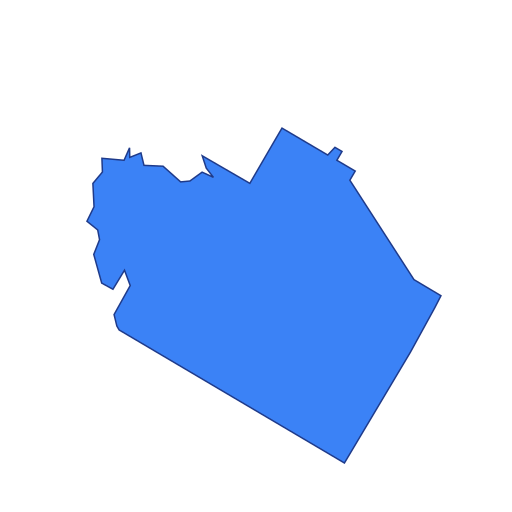 outline of Macon, Alabama, United States of America, rotated 31°
{"feature_id": "52423323B34144827866245", "entity_name": "Macon", "entity_type": "district", "adm_level": 2, "iso_a3": "USA", "parent_name": "United States of America", "parent_adm1": "Alabama", "projection": "robinson", "projection_center": [-85.83, 32.414], "detail": "fine", "context": "isolated", "style": "filled", "palette": "blue", "viewbox_px": 512, "rotation_deg": 31, "n_neighbors": 0, "source": "geoboundaries", "source_scale": "gbopen_adm2", "svg_char_len": 666}
<svg xmlns="http://www.w3.org/2000/svg" viewBox="0 0 512 512"><g transform="rotate(31 256 256)"><path d="M158.3,197.8L168.1,206.3L179.0,210.5L166.6,211.9L160.7,225.8L153.2,231.3L130.1,226.9L113.3,236.0L104.3,226.9L97.0,236.5L91.9,228.4L93.6,241.9L73.6,251.6L81.1,263.1L78.8,277.8L91.8,297.2L93.2,313.3L106.9,315.2L113.5,322.6L116.1,338.2L137.7,358.7L150.5,358.2L150.6,335.9L163.4,346.1L164.5,379.3L172.8,387.7L176.8,389.9L438.4,387.9L437.9,259.0L435.9,208.4L435.0,194.8L403.6,194.9L297.4,142.7L297.3,132.1L276.0,132.3L275.9,122.1L267.7,122.2L265.5,132.5L212.4,133.0L212.6,149.4L213.3,196.9L158.3,197.8Z" fill="#3b82f6" stroke="#1e3a8a" stroke-width="1.5"/></g></svg>